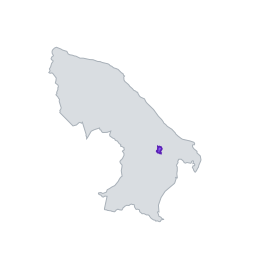 location of Rodriguez de Mendoza, Amazonas, Peru, rotated 162°
{"feature_id": "86281439B72683184025265", "entity_name": "Rodriguez de Mendoza", "entity_type": "district", "adm_level": 2, "iso_a3": "PER", "parent_name": "Peru", "parent_adm1": "Amazonas", "projection": "robinson", "projection_center": [-77.448, -6.363], "detail": "fine", "context": "in_parent", "style": "filled", "palette": "violet", "viewbox_px": 256, "rotation_deg": 162, "n_neighbors": 0, "source": "geoboundaries", "source_scale": "gbopen_adm2", "svg_char_len": 5138}
<svg xmlns="http://www.w3.org/2000/svg" viewBox="0 0 256 256"><g transform="rotate(162 128 128)"><path d="M176.4,74.4L176.3,75.1L175.5,75.5L174.8,75.0L173.8,75.1L172.2,73.5L168.4,73.7L166.8,75.7L164.3,76.1L161.5,76.9L158.4,77.3L153.6,80.4L152.5,81.6L150.3,83.4L148.5,84.0L147.6,89.5L145.8,92.8L145.1,94.5L146.1,97.2L146.1,98.5L145.1,99.6L144.3,99.7L142.6,100.8L140.2,103.3L139.7,105.2L140.5,107.6L140.2,107.9L138.2,108.4L138.2,109.8L137.8,110.3L139.5,112.3L140.5,112.7L140.5,113.2L140.4,113.8L140.0,114.0L140.0,114.4L141.2,115.9L142.1,118.8L143.9,120.3L143.9,121.2L144.4,122.2L145.4,122.9L147.6,125.8L147.6,127.2L145.3,130.4L149.1,130.3L153.2,131.4L153.8,131.9L154.3,133.3L154.3,134.3L155.2,135.0L155.1,136.8L160.5,136.8L164.0,136.3L169.8,131.1L170.7,130.6L170.2,131.8L170.1,132.6L170.4,133.5L169.8,134.8L169.6,147.6L170.7,146.9L172.0,148.2L173.0,148.2L176.1,146.8L179.7,147.0L188.1,163.8L187.3,164.9L187.4,165.8L186.3,166.5L185.3,167.8L185.2,174.5L184.3,176.5L184.8,177.6L185.2,179.7L186.0,181.0L186.2,181.8L186.1,182.1L184.9,182.8L184.8,184.0L182.7,186.4L182.3,188.0L181.5,188.5L181.3,190.4L183.2,193.3L182.0,195.1L180.8,197.7L182.7,203.2L183.4,204.0L184.3,203.9L185.5,204.4L186.2,205.2L184.6,206.3L184.4,206.7L184.5,208.5L182.8,209.9L180.5,213.3L179.9,213.5L178.7,214.5L178.5,215.1L178.7,215.6L179.7,216.6L179.7,217.8L178.1,219.4L176.9,219.6L176.5,220.0L177.0,222.1L176.9,223.1L176.6,224.2L175.8,225.4L173.3,226.7L171.1,226.9L167.4,223.8L166.2,222.4L162.5,219.8L162.0,216.9L160.7,215.6L158.5,214.5L156.7,213.1L155.3,212.4L152.0,209.2L148.9,208.2L143.2,204.9L140.1,203.7L136.2,200.6L134.0,199.8L132.3,198.3L127.2,195.2L126.3,194.2L125.6,192.7L124.4,191.8L123.1,189.7L121.2,188.4L119.3,186.8L117.1,182.4L116.0,181.4L115.9,179.4L115.2,178.5L116.3,177.8L117.0,174.7L116.6,173.2L114.0,169.0L113.5,167.2L111.6,164.0L110.9,162.1L109.3,160.7L108.7,159.5L107.8,159.0L107.8,157.5L107.2,154.7L106.3,153.3L103.3,150.6L103.0,147.8L102.3,145.8L98.0,137.7L95.5,129.9L93.4,125.6L92.6,123.1L92.5,121.8L91.0,119.5L90.1,117.4L86.7,113.3L84.6,108.8L84.4,107.5L83.0,105.0L80.8,101.8L79.7,100.5L73.0,96.5L69.8,94.1L69.4,92.9L69.6,92.1L70.3,91.5L71.2,92.0L71.8,91.8L72.3,90.9L72.3,89.5L71.7,87.8L69.6,84.5L70.1,83.0L67.9,79.1L68.4,75.3L68.9,74.4L72.2,70.6L73.1,69.0L74.4,68.0L75.9,66.4L77.6,65.2L78.1,65.6L78.6,67.7L78.5,69.0L79.0,70.5L77.8,71.9L76.5,71.6L76.0,72.0L75.8,72.6L76.0,73.7L76.3,74.1L77.3,74.1L76.0,76.1L76.1,76.5L77.0,76.9L77.9,76.4L78.8,75.2L79.3,75.1L82.6,77.0L84.1,76.8L85.3,77.7L85.4,79.1L87.1,81.9L89.5,82.6L89.9,82.3L90.4,81.3L91.0,81.1L91.1,79.6L93.2,77.9L93.5,76.8L93.2,76.0L93.3,75.4L94.5,71.7L94.9,71.3L95.3,70.2L95.7,69.5L96.5,65.3L97.0,65.4L97.6,66.3L98.2,66.1L97.9,65.2L98.0,64.8L100.3,61.6L101.1,60.9L112.3,56.3L118.0,51.7L122.9,45.2L124.5,38.6L125.1,39.1L126.0,38.9L125.7,36.3L125.9,35.0L125.9,34.6L124.3,33.0L123.7,31.3L122.4,30.3L122.4,30.0L123.8,30.3L125.1,30.2L126.2,29.1L127.1,29.2L128.9,30.7L130.3,30.8L130.7,31.9L132.0,32.6L133.9,34.9L134.8,37.4L134.7,37.8L135.6,39.1L137.4,39.7L139.2,41.6L141.1,42.1L142.0,43.8L142.5,44.3L142.7,45.2L142.4,46.3L142.7,46.9L144.1,47.9L145.3,48.0L145.6,48.4L146.2,51.1L145.8,52.5L146.0,53.3L147.6,53.9L148.0,54.5L149.3,54.6L151.0,54.0L153.2,54.9L154.9,54.6L155.7,54.4L156.5,53.8L157.1,53.8L158.9,52.0L159.4,51.9L161.2,52.7L162.7,53.9L164.7,53.6L165.5,52.9L166.8,52.5L169.3,53.9L169.9,54.6L170.6,54.8L173.3,56.2L173.7,56.8L175.2,57.4L175.5,57.8L175.4,58.4L169.0,69.5L171.0,70.4L172.8,69.9L173.8,70.6L174.4,72.4L175.9,73.6L176.4,74.4Z" fill="#d9dde1" stroke="#a8b0b8" stroke-width="1"/><path d="M103.3,100.1L103.5,100.1L103.6,100.3L103.8,100.4L103.9,100.6L104.0,100.6L104.1,100.8L104.3,100.8L104.4,100.7L104.5,100.8L104.8,100.9L105.0,100.9L105.1,101.0L105.3,101.1L105.4,101.3L105.5,101.1L105.6,100.8L105.5,100.7L105.4,100.6L105.4,100.4L105.2,100.4L105.1,100.2L105.3,100.0L105.5,100.0L105.5,99.9L105.6,99.7L105.8,99.6L106.0,99.4L106.1,99.2L106.1,98.9L106.1,98.7L106.3,98.4L106.4,98.2L106.5,98.0L106.7,97.9L106.6,97.7L106.6,97.4L106.6,97.2L106.8,97.0L107.0,97.1L107.0,97.3L107.1,97.5L107.3,97.5L107.6,97.6L107.8,97.4L107.9,97.2L108.0,97.1L108.0,96.9L108.0,96.7L107.9,96.6L107.8,96.4L107.7,96.4L107.7,96.2L107.4,96.0L107.4,95.9L107.2,95.7L107.3,95.5L107.4,95.4L107.3,95.2L107.2,95.2L106.9,95.1L106.7,95.0L106.5,94.9L106.4,94.9L106.2,94.8L106.2,94.7L105.9,94.5L105.9,94.4L105.7,94.3L105.6,94.2L105.5,93.9L105.4,93.9L105.3,94.0L105.2,94.0L105.0,93.9L104.9,93.9L104.9,93.7L104.7,93.5L104.6,93.8L104.4,93.8L104.4,94.0L104.2,94.1L104.3,94.3L104.5,94.4L104.5,94.5L104.4,94.5L104.5,94.7L104.4,94.7L104.4,94.8L104.5,94.8L104.6,95.0L104.6,95.3L104.8,95.4L104.8,95.5L104.7,95.5L104.5,95.8L104.4,95.9L104.3,96.0L104.2,96.1L104.3,96.2L104.3,96.3L104.2,96.3L104.2,96.5L104.0,96.8L103.9,96.8L103.7,96.8L103.6,96.7L103.4,96.6L103.3,96.8L103.2,96.9L103.1,97.0L102.9,97.1L102.7,97.1L102.5,97.3L102.3,97.5L102.2,97.6L102.1,97.8L102.2,98.0L102.2,98.3L102.3,98.4L102.3,98.5L102.2,98.5L102.3,98.5L102.3,98.8L102.3,99.1L102.4,99.3L102.4,99.5L102.5,99.5L102.6,99.8L102.8,99.7L102.9,99.8L102.9,99.7L102.9,99.8L103.0,99.8L103.0,100.0L103.3,100.1L103.3,100.1Z" fill="#8b5cf6" stroke="#5b21b6" stroke-width="1.5"/></g></svg>